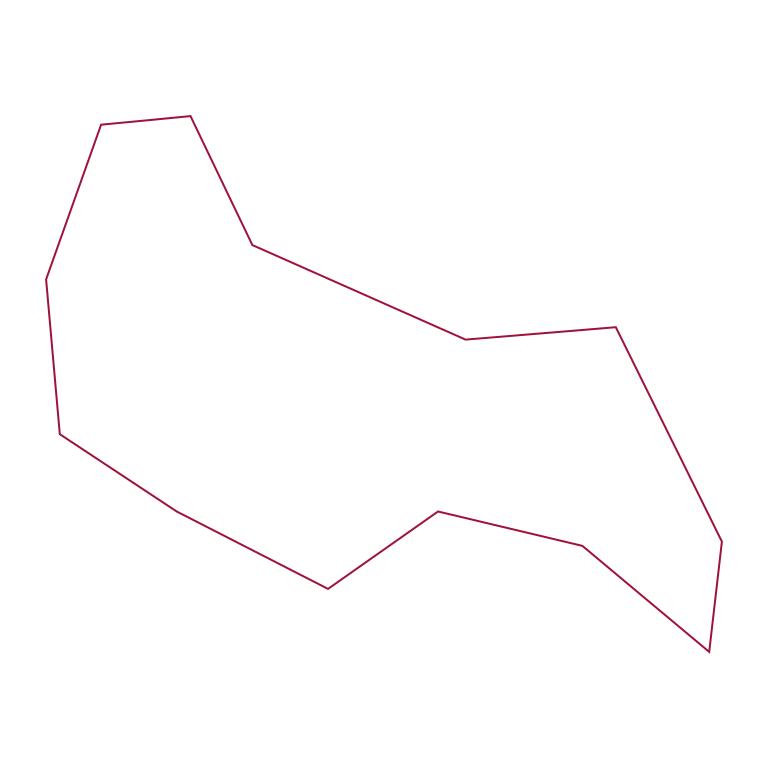 the border of Eschen
{"feature_id": "LIE-4902", "entity_name": "Eschen", "entity_type": "state/province", "adm_level": 1, "iso_a3": "LIE", "parent_name": "Liechtenstein", "parent_adm1": "", "projection": "robinson", "projection_center": [9.535, 47.208], "detail": "fine", "context": "isolated", "style": "outline", "palette": "rose", "viewbox_px": 768, "rotation_deg": 0, "n_neighbors": 0, "source": "natural_earth", "source_scale": "10m", "svg_char_len": 293}
<svg xmlns="http://www.w3.org/2000/svg" viewBox="0 0 768 768"><path d="M615.8,327.2L721.9,541.6L709.2,651.9L582.4,545.9L438.0,511.5L328.0,588.9L176.7,511.5L59.8,434.2L46.1,279.4L101.1,124.7L190.5,116.1L252.4,245.1L465.5,339.6L615.8,327.2Z" fill="none" stroke="#9f1239" stroke-width="2"/></svg>